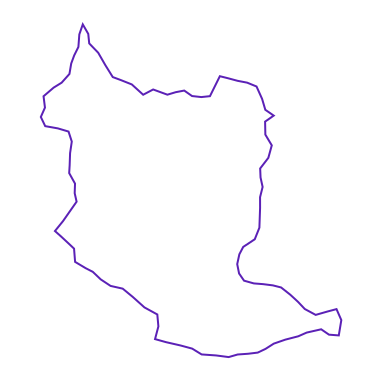 outline of Queimados, Rio de Janeiro, Brazil, rotated 272°
{"feature_id": "56859067B76635524318289", "entity_name": "Queimados", "entity_type": "district", "adm_level": 2, "iso_a3": "BRA", "parent_name": "Brazil", "parent_adm1": "Rio de Janeiro", "projection": "natural_earth1", "projection_center": [-43.584, -22.731], "detail": "fine", "context": "isolated", "style": "outline", "palette": "violet", "viewbox_px": 384, "rotation_deg": 272, "n_neighbors": 0, "source": "geoboundaries", "source_scale": "gbopen_adm2", "svg_char_len": 1362}
<svg xmlns="http://www.w3.org/2000/svg" viewBox="0 0 384 384"><g transform="rotate(272 192 192)"><path d="M43.7,160.2L41.0,171.4L38.2,186.0L35.5,197.6L30.0,207.3L29.5,221.8L28.3,234.4L31.2,243.3L32.3,253.7L33.8,263.3L37.8,271.0L43.3,279.0L47.7,290.4L51.5,303.2L55.5,311.5L59.3,325.9L54.2,333.9L53.8,343.7L69.2,345.7L80.0,340.5L77.3,331.6L73.5,319.9L79.0,308.8L86.0,301.7L92.7,293.9L99.7,284.4L101.5,276.1L102.4,266.2L102.8,257.0L105.2,247.1L112.2,241.9L121.5,239.7L131.4,241.5L138.9,245.1L147.0,256.4L158.7,260.6L169.4,260.6L178.4,260.6L189.2,260.2L199.5,262.4L208.9,260.0L217.9,259.3L228.8,267.1L241.4,270.1L251.9,263.3L264.9,262.6L271.2,271.0L276.7,262.4L287.5,258.8L299.7,252.8L303.2,243.3L304.7,233.7L306.9,224.2L308.7,215.8L288.4,206.6L287.2,198.0L287.9,188.7L293.1,180.7L291.2,172.3L288.4,164.0L293.1,149.6L287.5,139.8L297.4,128.1L301.4,116.9L304.1,108.8L315.7,101.0L327.9,93.4L336.9,84.1L346.4,82.8L355.7,77.0L345.6,73.9L333.0,73.4L324.4,69.5L316.2,66.8L305.7,65.4L296.7,57.9L291.5,50.1L282.5,40.3L271.2,42.1L261.7,38.3L252.7,43.0L250.9,55.7L248.1,66.5L238.2,70.1L226.6,68.8L214.4,68.8L206.6,68.6L196.3,74.8L186.7,74.8L178.3,77.0L158.4,64.1L148.2,56.4L142.3,63.5L131.3,76.1L118.1,77.6L112.2,88.3L108.7,95.7L101.5,103.8L95.3,113.9L93.0,126.1L85.2,136.3L75.0,148.5L68.4,161.6L56.5,163.1L43.7,160.2Z" fill="none" stroke="#5b21b6" stroke-width="2"/></g></svg>